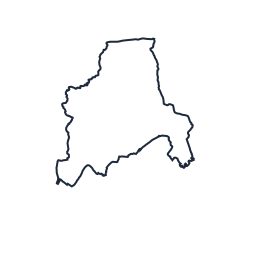 Bungo, Jambi, Indonesia (Robinson projection), rotated 127°
{"feature_id": "22746128B28569646979400", "entity_name": "Bungo", "entity_type": "district", "adm_level": 2, "iso_a3": "IDN", "parent_name": "Indonesia", "parent_adm1": "Jambi", "projection": "robinson", "projection_center": [101.875, -1.516], "detail": "fine", "context": "isolated", "style": "outline", "palette": "slate", "viewbox_px": 256, "rotation_deg": 127, "n_neighbors": 0, "source": "geoboundaries", "source_scale": "gbopen_adm2", "svg_char_len": 5828}
<svg xmlns="http://www.w3.org/2000/svg" viewBox="0 0 256 256"><g transform="rotate(127 128 128)"><path d="M213.7,152.1L215.0,151.6L215.0,151.0L214.8,150.3L211.0,150.9L210.0,151.7L209.7,150.8L209.7,150.1L209.9,148.7L210.1,147.7L209.9,146.7L210.0,142.5L208.8,142.5L208.5,137.8L208.0,137.6L206.7,137.0L205.3,136.7L204.0,136.7L202.3,136.8L201.3,137.0L199.7,137.1L198.8,136.9L197.1,137.3L195.8,137.1L194.5,137.2L192.0,137.7L189.2,138.5L185.7,138.7L183.5,138.4L182.8,138.2L181.8,137.6L181.4,136.8L181.2,135.9L181.3,134.2L181.5,132.7L182.4,130.6L182.6,129.8L182.8,128.5L183.4,126.1L183.4,125.6L183.2,124.8L182.6,124.7L182.3,124.8L182.1,124.4L181.8,124.4L182.0,123.6L180.9,122.0L181.1,121.8L181.1,121.5L180.5,121.4L180.6,121.1L180.3,120.3L180.5,119.9L180.6,119.5L181.0,119.3L180.9,119.0L180.4,118.8L180.5,118.4L180.0,118.2L179.7,118.3L179.0,117.4L177.7,118.4L176.8,118.9L176.1,118.9L175.9,119.4L174.8,119.9L173.0,120.4L172.5,121.2L170.5,121.2L168.1,121.0L165.5,120.5L164.2,119.9L162.9,117.8L162.6,117.4L162.1,116.5L161.5,116.1L161.2,116.3L160.6,116.3L160.1,116.5L158.6,116.7L157.1,117.5L156.0,117.8L155.5,116.8L154.4,115.8L151.4,111.0L150.9,110.7L149.9,111.2L149.6,111.0L149.0,111.0L147.9,110.4L147.2,110.3L146.7,109.9L146.2,108.9L144.8,108.1L144.8,107.8L144.0,106.5L143.9,106.0L141.2,105.8L139.8,106.1L137.7,106.1L137.1,105.5L138.0,104.9L136.8,104.8L136.1,104.9L133.6,104.5L132.9,104.1L130.6,103.6L126.3,102.2L123.2,101.5L121.4,100.7L118.1,99.1L117.1,98.9L116.3,98.2L115.7,98.5L115.5,98.4L115.0,97.3L113.6,96.3L113.3,95.8L111.4,92.8L110.9,91.6L110.8,90.2L111.0,89.8L111.3,89.3L112.2,88.8L112.1,88.7L112.3,88.8L113.2,87.7L113.6,86.4L113.7,85.4L114.0,85.0L114.7,84.8L116.0,83.5L116.0,81.9L116.3,81.3L117.5,81.0L119.0,80.7L124.3,80.8L124.8,80.6L125.4,80.0L125.5,79.7L125.5,79.0L125.6,78.3L125.6,77.5L125.4,77.0L126.1,76.4L126.5,75.1L126.6,74.1L127.0,73.2L125.5,73.1L123.9,73.2L123.7,72.9L123.0,72.1L122.7,70.0L123.7,68.7L124.7,66.1L124.8,64.4L126.0,64.7L126.7,63.9L126.9,63.4L127.0,62.3L126.6,61.5L126.3,61.6L125.8,62.2L125.5,62.0L125.5,61.8L126.3,59.8L126.2,59.4L124.9,59.2L124.5,59.3L123.4,60.5L122.9,60.8L121.9,60.7L121.7,60.6L121.7,60.2L122.1,59.8L123.0,59.3L123.3,59.0L123.3,58.6L123.0,58.2L122.7,57.9L121.3,57.8L121.0,57.6L119.2,57.7L118.9,58.0L118.4,59.5L117.8,59.7L117.2,59.5L116.6,58.1L116.2,57.6L113.9,56.3L113.6,56.6L113.4,57.1L113.6,57.6L114.3,58.3L114.1,59.2L113.7,59.4L113.3,59.2L112.9,58.7L112.9,58.9L112.6,59.3L111.6,59.7L111.3,60.1L110.8,61.2L110.0,61.7L109.6,63.1L109.3,63.3L108.8,64.0L108.4,64.8L107.2,66.2L101.6,74.4L98.5,74.2L98.0,74.7L97.0,75.0L96.3,76.8L95.8,77.2L95.3,77.4L94.8,77.5L92.0,77.1L89.9,77.2L88.7,77.0L88.3,77.2L87.5,77.9L86.8,78.0L86.6,78.9L86.8,79.7L85.9,80.4L85.7,82.1L82.9,86.3L82.5,87.2L82.8,88.7L83.5,90.4L84.7,92.5L85.6,95.4L86.8,97.5L87.1,98.6L87.3,100.0L86.9,100.9L86.0,102.1L83.4,104.9L82.8,105.9L83.5,108.2L84.1,109.4L84.4,109.6L85.3,109.8L85.9,110.1L86.2,110.3L87.1,113.4L87.1,114.0L84.2,116.6L82.5,118.6L81.4,121.0L78.8,125.3L78.6,126.6L77.6,127.3L77.2,128.0L75.7,128.5L75.3,129.3L73.1,131.2L72.9,131.8L72.5,132.0L72.2,132.9L71.7,133.4L70.9,133.7L69.9,134.4L69.2,134.8L68.0,136.5L64.3,139.2L63.4,139.0L62.5,139.2L61.1,141.7L59.5,142.2L59.1,142.6L58.4,143.5L58.0,144.3L57.3,145.2L56.4,146.7L56.0,148.0L55.6,148.8L54.6,150.1L54.2,151.3L52.8,153.5L52.4,155.1L52.2,156.6L51.4,157.7L51.1,157.8L50.7,157.6L48.6,156.6L48.1,156.7L47.3,157.4L46.6,157.5L45.4,158.3L44.5,158.4L44.0,158.4L43.4,158.7L42.7,159.0L41.5,160.6L41.1,160.7L41.4,161.7L42.3,162.0L43.3,163.2L45.9,167.2L47.0,169.3L48.0,170.6L51.2,173.0L51.6,173.5L52.1,174.6L52.5,175.3L55.1,178.0L58.0,181.2L61.6,185.0L63.6,186.6L65.6,188.5L69.8,194.1L72.3,196.3L72.8,196.4L73.4,196.1L73.9,194.9L73.9,194.6L74.3,194.2L74.5,194.0L75.4,194.0L75.7,194.1L77.0,193.3L78.0,193.3L78.6,193.2L79.6,193.5L79.9,194.3L80.2,194.5L81.0,194.1L82.4,193.6L85.9,194.2L87.2,193.7L88.3,193.6L89.1,192.1L92.6,190.8L94.9,188.6L96.3,186.2L97.8,185.4L99.7,185.8L101.0,185.7L102.8,184.0L103.7,183.6L105.1,184.6L105.6,185.1L106.1,185.3L106.8,185.0L107.3,185.0L107.8,185.8L108.3,186.0L109.0,186.8L109.3,186.7L109.5,186.5L110.0,186.6L110.5,186.5L111.0,187.0L111.5,186.9L113.0,188.5L113.4,188.5L113.8,187.4L114.0,187.2L114.4,186.9L115.5,186.6L116.0,187.0L116.2,187.6L116.6,187.7L117.0,187.5L117.3,187.7L117.6,187.0L117.7,186.4L118.5,186.3L118.9,186.8L119.1,187.9L119.4,188.4L119.8,188.1L120.1,188.1L120.5,188.6L121.2,188.7L121.8,189.3L122.6,190.8L123.0,191.1L123.5,190.8L123.8,191.0L124.1,190.9L124.5,190.3L124.9,190.2L125.4,190.9L125.8,192.0L126.2,192.7L126.6,192.9L127.1,192.7L127.6,192.9L128.0,193.3L128.3,193.7L128.1,194.6L128.5,195.7L129.1,198.0L130.7,199.7L131.3,199.6L131.8,199.3L132.0,198.7L132.6,198.0L133.1,198.0L133.7,198.3L134.2,199.2L134.6,198.8L135.2,199.3L137.0,199.1L137.7,198.3L138.3,198.1L138.4,196.9L138.5,196.5L138.9,196.0L139.5,195.9L139.9,196.0L140.2,195.9L140.8,194.1L141.4,193.6L142.9,192.8L143.2,193.0L143.9,193.0L144.7,192.7L145.4,192.8L147.2,194.6L147.8,194.9L148.2,195.0L148.7,194.9L149.0,194.5L149.8,193.8L150.0,192.3L150.8,191.9L151.0,190.0L152.1,187.9L153.2,187.9L154.4,186.0L154.6,184.3L154.4,183.6L154.0,182.9L154.0,182.5L153.7,182.0L153.6,181.1L153.7,180.8L153.5,180.4L153.0,178.4L153.2,178.2L154.7,178.0L155.2,177.6L156.0,177.7L156.6,177.7L157.0,177.4L158.1,177.4L159.2,177.8L160.0,177.4L160.6,178.1L161.3,177.8L163.0,177.8L164.8,177.5L166.2,176.7L166.8,176.1L167.5,174.8L167.6,172.8L168.8,172.2L169.3,171.7L170.5,169.9L171.3,169.3L172.7,168.7L174.0,168.4L176.6,167.1L180.3,163.3L181.0,162.7L182.5,162.3L183.6,162.3L184.9,161.1L184.8,159.4L185.1,159.0L186.9,157.6L187.9,157.8L188.6,158.3L189.7,157.3L191.2,158.6L192.7,160.2L194.2,161.3L194.9,162.6L195.6,164.2L196.9,164.2L201.8,161.6L202.8,161.2L204.7,159.5L206.5,158.1L208.2,155.9L209.7,153.8L211.2,152.9L211.4,152.6L213.7,152.1Z" fill="none" stroke="#1e293b" stroke-width="2"/></g></svg>